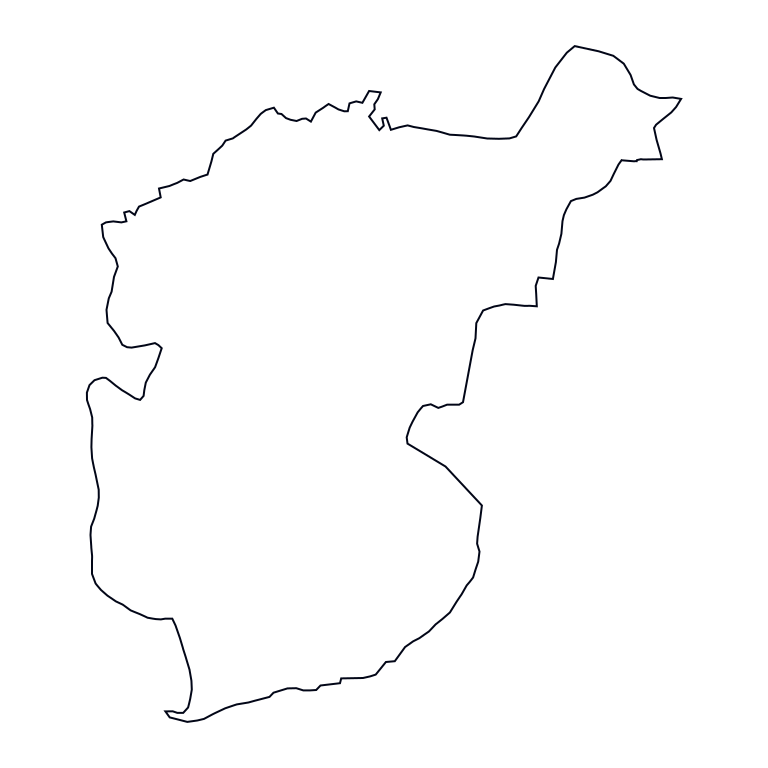 the district of Chumatlán, Veracruz, Mexico
{"feature_id": "50627088B36712897039445", "entity_name": "Chumatlán", "entity_type": "district", "adm_level": 2, "iso_a3": "MEX", "parent_name": "Mexico", "parent_adm1": "Veracruz", "projection": "equal_earth", "projection_center": [-97.586, 20.222], "detail": "fine", "context": "isolated", "style": "outline", "palette": "ink", "viewbox_px": 768, "rotation_deg": 0, "n_neighbors": 0, "source": "geoboundaries", "source_scale": "gbopen_adm2", "svg_char_len": 4331}
<svg xmlns="http://www.w3.org/2000/svg" viewBox="0 0 768 768"><path d="M413.8,127.0L407.6,125.4L404.0,126.2L399.1,127.3L390.9,129.8L389.5,125.9L386.5,117.7L382.2,118.4L383.8,125.7L379.3,130.1L369.1,116.5L374.7,109.4L374.3,104.3L377.9,99.1L380.7,92.4L369.1,91.0L362.4,102.8L356.2,101.4L350.7,103.0L349.5,103.4L347.8,111.2L344.3,111.3L338.4,109.4L335.3,107.6L328.6,104.0L325.5,106.1L323.3,107.7L315.7,112.6L310.9,121.6L306.0,118.5L302.1,118.8L296.6,121.0L290.6,119.8L286.0,118.1L281.5,114.0L280.0,113.8L277.9,113.5L273.9,107.7L268.5,109.3L265.8,110.1L262.4,112.6L260.7,113.9L256.3,119.0L251.1,125.6L248.1,128.0L246.2,129.5L233.9,137.6L233.6,137.9L232.8,138.4L225.6,140.6L222.3,145.6L218.3,149.3L218.1,149.5L213.3,153.8L211.4,161.5L207.5,174.6L206.7,174.8L200.3,176.9L190.5,180.9L190.3,181.0L190.2,181.0L187.4,180.4L183.6,179.5L181.9,180.4L177.2,182.9L173.8,184.2L169.4,186.0L159.0,188.5L160.7,197.4L160.5,197.5L144.6,204.3L139.0,206.6L136.6,210.9L134.8,214.9L129.4,211.1L124.2,212.5L126.4,221.3L121.4,222.4L113.3,221.4L107.8,222.1L105.9,222.4L101.8,224.7L103.2,237.0L103.9,238.6L108.5,248.4L111.9,253.5L115.5,258.2L117.8,266.5L117.5,267.3L114.0,276.9L111.6,291.7L110.0,295.5L108.8,298.3L106.5,309.8L107.0,316.0L107.6,323.0L114.1,331.0L118.6,337.5L122.3,344.8L127.1,347.2L131.6,347.6L144.8,345.4L150.6,344.1L155.0,343.1L158.4,345.1L161.7,348.2L158.4,358.1L155.1,367.2L149.9,374.7L145.8,382.6L144.3,390.2L143.6,395.9L140.1,399.9L135.1,398.4L129.3,394.6L125.4,392.2L122.0,390.2L115.6,385.5L110.0,380.9L106.0,377.9L102.4,377.7L94.5,380.2L89.5,385.1L86.9,392.6L87.0,400.0L88.3,404.0L90.1,409.1L92.2,417.5L92.3,424.0L92.4,425.6L91.6,439.0L91.4,447.2L92.1,458.3L93.2,464.0L93.3,464.4L93.9,467.4L95.6,474.7L97.2,482.5L98.7,489.7L98.7,489.8L98.8,497.6L97.7,505.8L96.4,510.8L95.3,514.7L94.2,518.7L91.1,526.6L90.6,533.4L90.5,535.1L91.3,547.0L91.3,547.6L92.1,555.9L92.1,557.8L92.0,560.7L92.0,561.0L92.0,570.3L92.0,573.9L95.6,583.5L97.1,585.4L101.0,590.0L106.6,594.9L107.4,595.6L115.9,601.4L122.7,604.6L129.7,609.7L130.7,610.4L134.3,611.9L139.8,614.1L145.7,616.8L147.5,617.7L152.6,618.6L155.9,619.1L160.9,619.4L165.0,618.7L172.3,618.7L175.2,624.8L175.5,625.4L178.5,634.0L179.9,638.0L182.9,648.0L183.2,649.2L185.7,657.0L186.4,659.4L189.6,670.0L189.6,670.3L191.4,680.6L191.5,682.2L191.5,682.4L191.8,689.6L190.2,698.9L189.1,703.6L188.1,707.5L183.2,712.9L180.4,712.9L177.4,712.9L172.7,711.3L165.4,711.4L169.7,717.4L178.4,719.6L187.3,721.9L197.3,720.5L204.0,718.9L212.6,714.3L214.6,713.3L225.2,708.3L234.6,705.1L236.8,704.4L248.4,702.5L254.9,700.7L258.8,699.7L262.2,698.8L269.5,696.9L273.5,692.7L287.5,688.4L296.3,688.2L303.3,690.4L309.9,690.4L316.2,690.0L320.5,685.5L324.7,685.0L340.0,683.2L341.2,678.4L363.0,678.0L370.1,676.4L375.4,674.7L375.7,674.6L376.7,673.4L385.9,662.0L394.8,661.2L405.1,647.0L413.2,641.3L419.3,638.2L424.1,634.8L428.9,631.5L435.6,624.4L442.4,619.0L449.9,612.5L456.6,601.7L460.3,596.2L461.5,594.5L466.7,585.4L469.7,581.9L473.1,577.5L475.6,569.4L478.2,561.7L479.5,551.6L477.1,543.7L477.6,536.7L480.3,518.1L481.9,505.5L445.5,466.5L407.5,443.6L406.7,437.3L409.7,427.6L412.6,421.6L417.7,412.3L420.9,408.4L423.0,406.0L430.8,404.3L438.3,407.9L442.4,406.5L447.0,404.7L459.1,404.7L463.0,402.2L464.7,393.1L472.7,350.1L475.5,338.4L476.3,323.1L483.1,310.5L488.2,308.6L489.3,308.2L494.1,306.5L499.5,305.5L502.7,304.7L505.4,304.1L513.6,304.7L521.9,305.6L524.7,305.9L529.8,305.8L536.8,306.3L536.2,294.0L535.7,285.9L538.5,277.5L552.9,279.0L555.9,262.1L557.0,249.8L559.1,243.6L561.4,233.8L562.5,221.1L563.9,215.1L566.4,209.3L570.9,201.1L576.3,198.9L584.5,197.6L592.8,194.7L597.5,192.3L603.4,188.0L605.8,186.3L610.5,180.9L613.7,174.1L618.5,164.5L621.6,160.2L621.8,160.3L622.4,160.3L623.1,160.4L634.1,161.3L635.0,161.2L635.4,161.1L636.7,161.2L637.1,160.0L637.9,159.9L640.9,159.2L643.4,159.5L661.9,159.2L660.5,153.4L656.6,139.9L654.0,128.0L656.1,124.7L663.3,118.8L671.3,112.4L676.1,107.0L681.1,98.9L672.7,97.5L665.7,98.0L659.6,98.0L650.2,95.7L640.9,90.9L637.5,88.9L633.9,84.4L630.6,75.0L623.8,63.7L613.3,55.8L598.7,51.3L574.7,46.1L566.8,52.7L555.3,67.5L544.1,89.0L538.7,101.3L532.5,111.4L529.0,117.1L521.7,127.9L516.2,136.4L509.5,138.4L498.9,138.8L487.2,138.5L480.0,137.4L474.2,136.5L466.4,135.7L463.7,135.5L455.6,135.0L449.8,134.7L441.9,132.4L436.5,130.9L427.7,129.4L422.2,128.4L413.8,127.0Z" fill="none" stroke="#020617" stroke-width="2"/></svg>